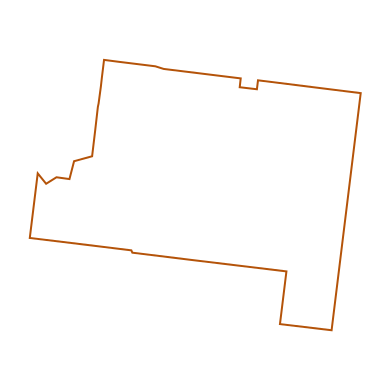 Rogers, Oklahoma, United States of America, rotated 97°
{"feature_id": "52423323B91280713828925", "entity_name": "Rogers", "entity_type": "district", "adm_level": 2, "iso_a3": "USA", "parent_name": "United States of America", "parent_adm1": "Oklahoma", "projection": "robinson", "projection_center": [-95.645, 36.336], "detail": "fine", "context": "isolated", "style": "outline", "palette": "amber", "viewbox_px": 384, "rotation_deg": 97, "n_neighbors": 0, "source": "geoboundaries", "source_scale": "gbopen_adm2", "svg_char_len": 585}
<svg xmlns="http://www.w3.org/2000/svg" viewBox="0 0 384 384"><g transform="rotate(97 192 192)"><path d="M74.7,36.6L73.3,36.6L73.1,140.1L82.1,140.1L82.2,157.4L73.3,157.5L73.3,183.3L73.3,200.5L73.3,235.1L71.7,243.7L71.7,258.6L71.7,280.5L71.6,295.4L82.0,295.4L89.4,295.4L98.2,295.3L115.6,295.5L119.0,295.8L142.2,295.6L168.7,295.5L175.8,312.8L194.1,315.2L193.9,328.3L201.6,337.8L192.3,347.4L257.4,347.4L257.3,278.3L257.3,245.1L259.5,243.8L259.5,186.0L259.5,182.7L259.4,140.4L259.3,88.6L312.4,88.6L312.2,36.6L261.3,36.6L74.7,36.6Z" fill="none" stroke="#b45309" stroke-width="2"/></g></svg>